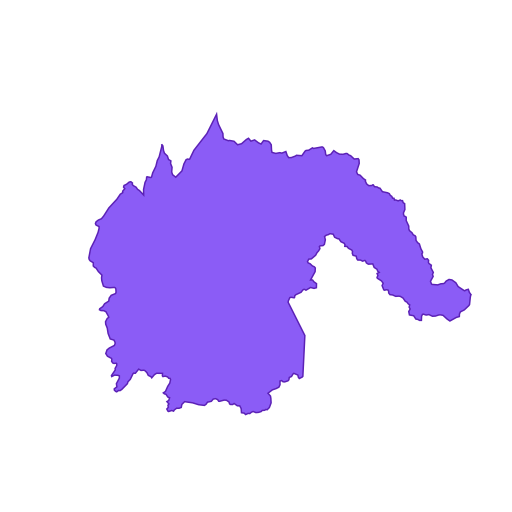 the district of Tarma, Junín, Peru, rotated 67°
{"feature_id": "86281439B39213190692953", "entity_name": "Tarma", "entity_type": "district", "adm_level": 2, "iso_a3": "PER", "parent_name": "Peru", "parent_adm1": "Junín", "projection": "albers", "projection_center": [-75.639, -11.251], "detail": "fine", "context": "isolated", "style": "filled", "palette": "violet", "viewbox_px": 512, "rotation_deg": 67, "n_neighbors": 0, "source": "geoboundaries", "source_scale": "gbopen_adm2", "svg_char_len": 6136}
<svg xmlns="http://www.w3.org/2000/svg" viewBox="0 0 512 512"><g transform="rotate(67 256 256)"><path d="M375.7,73.2L372.9,73.8L369.6,73.6L369.3,76.0L369.6,77.4L369.2,77.9L363.1,81.9L358.7,82.5L354.6,85.0L353.0,87.5L353.4,90.8L354.6,93.0L354.7,94.0L353.8,96.8L353.6,100.0L350.9,105.1L350.3,105.4L347.5,105.3L344.0,100.9L342.0,100.8L340.4,99.2L335.2,99.6L333.0,98.2L330.5,99.7L329.3,99.8L327.4,98.8L325.5,99.4L324.9,101.9L321.9,102.9L318.8,102.5L318.2,101.5L317.3,101.1L313.8,101.4L308.7,100.9L306.9,102.0L304.2,102.6L300.8,101.4L299.6,101.6L297.9,103.0L295.6,103.3L292.6,104.8L290.9,104.8L288.1,103.7L282.1,103.9L279.1,102.6L278.3,102.8L277.2,104.0L275.1,103.9L273.8,103.3L271.4,100.8L265.9,98.7L264.4,99.7L262.3,99.5L261.8,100.7L260.8,101.3L260.8,103.6L259.0,105.5L258.6,106.7L256.8,106.4L256.1,107.7L254.2,107.7L252.6,108.7L250.7,108.9L249.2,110.2L246.2,114.5L242.0,115.4L241.2,116.6L239.8,117.5L238.5,119.9L236.4,120.2L236.1,120.8L236.4,121.8L235.3,124.7L232.9,126.0L229.8,126.1L228.9,125.5L226.7,126.9L222.3,128.6L220.7,130.5L217.8,130.6L211.1,124.8L207.7,123.6L206.3,123.9L205.1,127.7L200.6,129.7L199.4,131.0L197.4,132.0L196.8,133.0L196.4,136.1L194.9,139.3L192.3,141.5L189.4,143.2L191.6,147.4L191.3,151.7L189.9,152.2L186.3,151.2L182.5,151.6L181.4,152.5L179.5,161.0L178.5,161.8L179.2,166.1L178.4,168.7L178.6,169.8L181.6,174.6L179.1,179.4L179.4,180.6L179.2,185.1L178.2,187.5L175.7,188.0L171.5,187.7L171.4,192.0L170.2,193.7L169.3,197.7L166.9,200.8L164.5,200.3L159.6,198.5L156.7,199.0L155.0,200.1L152.7,203.9L154.9,207.6L152.8,209.5L148.6,211.9L148.3,215.8L144.7,216.9L145.0,219.4L147.0,225.4L146.4,229.5L141.8,231.4L139.3,235.2L139.1,236.4L135.7,239.9L133.6,239.8L130.3,238.6L120.4,239.1L116.3,238.7L110.1,236.9L124.1,253.3L134.4,271.8L140.9,279.2L140.9,279.8L140.0,281.1L140.0,282.7L143.1,286.4L148.7,290.9L152.1,299.1L148.6,301.0L145.8,300.8L141.5,298.6L137.5,298.5L135.2,297.2L133.0,298.8L129.3,298.5L125.6,300.1L122.7,299.9L118.3,298.7L116.3,299.2L117.9,299.6L126.9,306.4L129.6,309.6L134.3,313.1L139.1,318.6L142.5,321.3L142.7,322.1L140.5,325.3L140.6,325.8L143.0,327.1L144.8,329.3L150.8,333.5L156.0,335.6L150.3,337.7L148.3,339.0L145.8,339.5L143.2,341.5L141.8,341.9L140.5,341.2L138.7,342.2L138.4,343.9L139.4,347.2L139.5,349.9L140.8,351.0L142.8,350.5L144.2,353.4L145.6,353.9L146.1,356.8L149.4,361.9L154.2,372.6L159.7,380.6L161.3,383.7L161.3,387.0L162.0,389.8L163.3,391.1L164.1,391.2L165.1,391.1L167.5,389.0L169.0,389.5L172.5,392.1L178.2,397.8L184.6,405.4L192.4,410.6L194.1,410.9L195.7,410.5L198.6,408.4L201.6,409.7L203.4,409.0L204.7,407.9L208.7,407.2L213.4,405.3L215.7,406.7L218.5,407.6L224.1,408.2L226.4,406.0L228.1,403.0L229.6,398.6L230.5,397.9L231.6,397.9L234.7,399.0L235.7,400.0L235.6,404.6L237.4,407.6L240.0,409.2L240.8,414.0L242.7,416.8L243.5,420.5L244.3,421.1L245.6,420.1L246.9,417.4L248.7,415.9L253.7,415.4L254.9,415.5L255.4,417.4L257.7,420.2L260.1,421.0L264.3,421.1L269.5,422.4L275.4,422.6L277.9,419.6L280.3,419.5L281.3,419.7L283.0,421.3L283.4,427.0L284.2,429.8L287.1,432.4L290.2,431.9L293.7,429.1L294.5,429.0L296.6,430.1L298.6,429.6L299.4,428.7L300.1,426.5L300.9,426.3L302.5,427.1L304.4,429.6L305.9,430.1L309.6,435.8L310.6,435.9L310.4,432.7L311.9,429.7L312.9,428.6L315.0,429.5L319.0,434.4L322.1,435.2L322.9,438.4L324.1,438.8L325.8,438.1L326.6,437.3L326.1,434.9L326.8,433.8L326.4,431.7L323.3,424.3L321.8,423.1L320.4,419.9L316.3,415.2L316.0,414.5L316.8,412.9L314.3,408.2L316.4,406.6L317.3,403.9L318.0,403.1L320.7,402.0L323.8,401.8L326.0,399.9L327.4,399.6L325.5,395.8L325.1,393.3L327.5,387.9L329.7,389.0L330.6,388.8L331.1,386.5L332.8,384.6L334.5,384.1L335.1,382.9L336.3,382.9L339.3,385.0L341.5,388.2L345.3,392.3L345.8,394.8L347.1,394.2L348.1,392.9L351.4,392.3L352.7,390.9L354.9,392.8L355.2,394.9L358.1,394.0L359.0,395.4L361.0,395.8L362.0,397.9L364.4,397.7L365.0,397.2L365.3,393.9L366.6,392.5L365.8,391.4L365.1,388.6L366.1,386.2L366.2,384.0L363.6,382.2L362.2,378.6L366.4,371.7L370.4,367.0L373.4,361.8L372.9,359.8L371.6,357.8L372.3,353.9L371.0,351.3L371.5,349.0L373.2,347.4L375.1,347.1L375.5,346.4L376.2,341.6L377.2,339.6L379.8,337.9L381.7,338.1L382.6,337.7L383.6,335.5L383.2,333.8L386.6,331.7L387.6,329.5L390.7,329.3L394.6,330.6L396.0,328.3L397.9,327.5L397.8,324.8L398.6,323.3L398.0,321.3L398.0,319.4L400.1,317.3L400.9,314.9L401.2,312.1L400.6,310.6L401.4,308.3L401.1,306.9L401.9,305.8L400.7,302.9L397.1,299.5L393.0,298.0L390.6,297.4L387.0,298.6L385.6,293.2L385.9,289.3L385.7,286.2L383.9,284.2L380.5,282.8L380.7,281.1L382.3,280.3L383.1,278.8L383.4,275.4L382.8,274.1L380.8,272.8L380.8,270.4L379.1,268.1L378.8,267.0L381.9,264.0L384.3,264.4L385.7,264.0L385.5,260.8L385.1,259.9L348.3,242.1L311.1,244.5L309.9,243.7L307.5,241.1L307.7,239.8L309.4,237.2L309.2,236.7L307.7,235.8L307.2,234.5L307.0,228.7L305.6,226.2L305.4,225.1L305.8,224.2L307.0,223.4L306.3,218.1L308.5,215.2L308.8,212.8L305.1,211.1L302.3,212.8L300.2,213.3L299.4,215.2L293.5,207.7L290.2,206.1L288.8,206.5L287.1,208.0L284.3,209.2L282.7,210.7L281.3,210.8L279.5,208.7L280.3,206.2L278.6,200.8L276.8,198.6L275.7,196.3L274.2,194.3L272.1,194.0L271.7,193.0L272.6,190.3L272.0,188.5L268.1,185.8L264.9,185.3L264.3,183.3L264.6,180.9L264.3,179.3L266.1,176.4L269.4,176.3L271.9,174.2L272.5,173.0L276.1,172.2L278.8,169.8L280.4,169.7L281.8,170.5L282.8,168.5L285.0,167.9L288.0,165.5L289.7,165.4L291.0,166.3L293.3,166.4L295.3,163.8L297.7,164.3L299.4,164.0L300.6,161.4L302.4,159.9L302.6,157.5L303.6,157.1L305.5,157.1L307.4,155.8L308.9,151.6L312.7,151.7L315.5,149.8L317.5,149.9L319.2,149.0L319.4,151.4L321.6,151.4L323.0,153.0L323.9,153.0L328.0,150.2L330.8,149.6L332.5,151.5L337.1,151.6L337.8,150.9L337.9,149.4L338.9,147.8L340.2,147.7L341.9,148.3L343.9,147.8L345.2,145.5L347.7,143.2L348.7,140.3L349.6,138.9L352.1,137.1L356.0,136.3L357.4,135.1L359.5,134.6L361.0,133.6L362.9,135.0L365.0,134.8L366.8,137.1L370.2,137.8L372.6,134.2L376.5,133.5L377.7,131.7L379.1,130.7L379.9,128.9L376.1,127.1L374.8,125.6L374.8,124.8L376.8,122.5L377.5,119.7L380.4,117.1L381.4,114.3L381.7,110.7L382.3,109.1L383.7,107.0L388.6,104.8L391.6,102.9L390.8,95.5L391.2,92.5L388.9,91.4L387.3,89.7L387.0,85.3L384.8,79.4L384.1,78.4L377.8,74.9L375.8,73.6L375.7,73.2Z" fill="#8b5cf6" stroke="#5b21b6" stroke-width="1.5"/></g></svg>